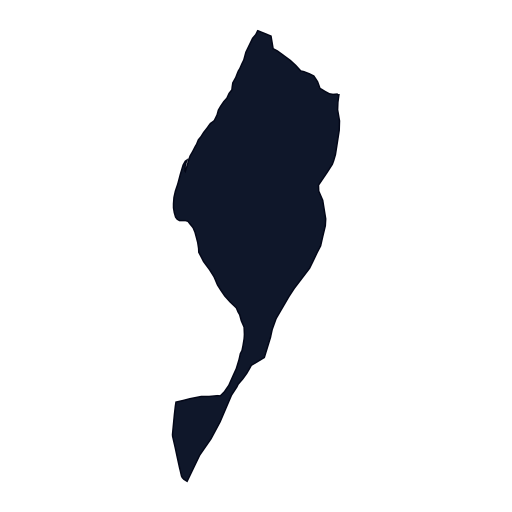 Qus, Qina, Egypt
{"feature_id": "37247803B95427647060127", "entity_name": "Qus", "entity_type": "district", "adm_level": 2, "iso_a3": "EGY", "parent_name": "Egypt", "parent_adm1": "Qina", "projection": "equal_earth", "projection_center": [32.772, 25.856], "detail": "fine", "context": "isolated", "style": "filled", "palette": "ink", "viewbox_px": 512, "rotation_deg": 0, "n_neighbors": 0, "source": "geoboundaries", "source_scale": "gbopen_adm2", "svg_char_len": 2367}
<svg xmlns="http://www.w3.org/2000/svg" viewBox="0 0 512 512"><path d="M257.7,30.7L255.8,34.6L252.6,38.3L250.9,41.9L250.6,42.5L245.9,52.2L243.8,60.0L241.9,63.9L239.8,68.7L238.4,70.9L237.6,72.8L235.7,77.7L235.1,78.7L232.8,82.9L232.2,87.0L231.9,89.9L231.2,90.7L229.1,93.4L226.9,98.2L223.9,101.5L220.7,106.2L218.4,110.1L217.1,114.9L214.3,120.6L212.7,121.9L210.4,123.5L210.2,123.8L209.0,125.4L207.1,128.1L203.7,132.4L201.0,136.7L198.4,139.8L196.5,144.5L195.9,145.4L195.1,146.8L192.7,151.5L190.1,156.0L188.5,160.6L187.8,163.4L187.2,165.5L185.8,169.9L185.3,171.5L184.8,170.7L184.8,168.4L185.2,166.1L185.8,163.5L186.0,162.8L186.9,160.1L185.3,161.2L184.0,163.5L183.1,165.1L180.4,174.2L178.1,182.9L177.7,184.2L177.7,184.3L175.4,191.1L174.0,197.3L173.5,203.7L173.5,207.8L174.3,212.6L175.6,217.1L177.2,219.2L179.6,220.6L182.5,220.6L185.6,220.6L188.0,221.3L189.9,223.8L193.1,227.7L194.2,230.3L195.0,232.2L196.5,237.8L197.8,242.8L197.8,243.0L198.6,248.3L198.8,252.3L201.8,258.0L203.6,261.6L209.4,269.4L214.0,276.7L215.1,279.2L216.9,283.5L217.6,285.1L221.1,290.6L224.8,296.0L230.2,302.0L236.3,307.8L236.8,308.9L238.1,312.0L239.7,314.7L241.3,320.7L244.1,327.1L244.4,334.3L244.3,336.4L244.1,339.0L243.0,345.7L242.0,350.6L240.4,353.6L239.4,358.1L239.0,359.8L236.3,368.7L233.2,375.5L228.8,385.4L226.5,388.7L224.4,391.8L220.3,395.9L217.4,395.7L208.9,396.5L201.3,396.5L201.2,396.5L190.0,398.7L183.1,400.5L176.0,402.1L175.4,405.9L174.4,414.6L172.5,434.5L172.6,436.2L175.3,448.0L177.1,456.5L179.7,468.4L180.1,469.9L181.5,476.0L182.3,477.6L183.8,479.2L183.9,479.3L185.5,480.3L187.1,481.3L192.0,471.1L199.7,455.1L211.0,438.8L220.1,421.8L231.5,395.1L236.8,387.0L238.1,384.3L242.8,378.8L246.7,373.4L249.9,367.9L251.3,365.3L264.3,357.5L270.5,337.3L270.9,335.3L272.2,329.4L276.0,318.8L276.7,317.5L289.0,296.4L294.3,288.3L309.6,268.2L313.5,260.2L317.3,252.2L320.6,245.9L322.9,235.8L325.3,225.8L325.7,218.9L322.7,200.3L318.7,191.1L318.5,185.1L327.1,172.4L332.3,164.3L333.6,160.8L335.4,154.7L336.6,147.1L339.2,130.3L339.5,120.9L337.6,109.8L337.9,102.1L338.9,94.8L337.9,94.9L337.2,94.1L336.8,94.1L335.8,94.2L333.0,94.4L329.4,93.8L325.1,91.5L321.4,89.2L320.0,88.5L317.6,81.8L316.0,79.3L313.8,76.0L309.4,73.8L303.7,71.6L300.8,71.0L297.8,67.7L295.6,65.3L293.0,62.9L290.4,60.5L277.6,51.1L277.1,50.8L273.1,48.7L271.0,36.1L257.8,30.7L257.7,30.7Z" fill="#0f172a" stroke="#020617" stroke-width="1.5"/></svg>